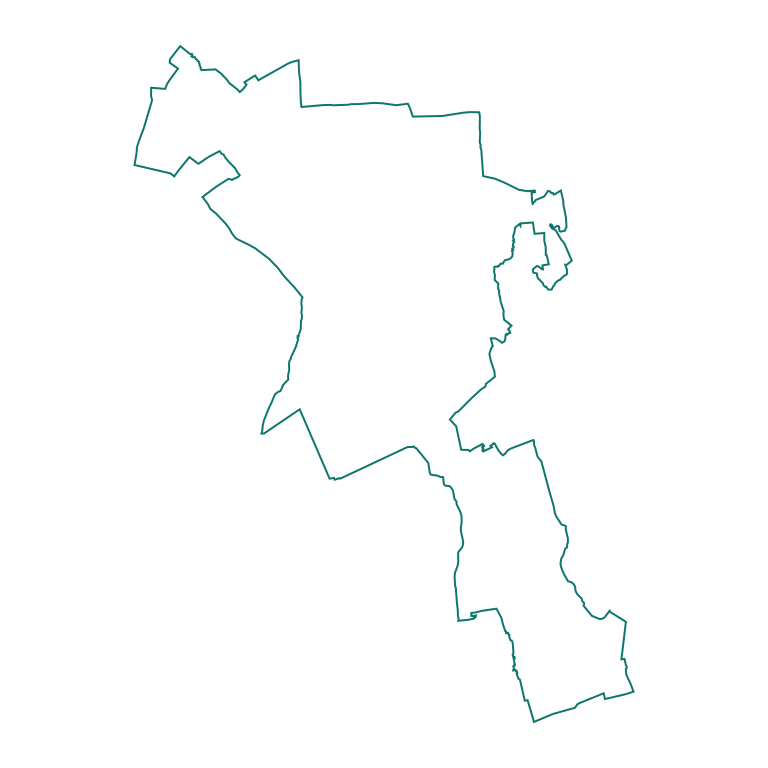 Balabanesti, Galati, Romania
{"feature_id": "2599482B66378466198707", "entity_name": "Balabanesti", "entity_type": "district", "adm_level": 2, "iso_a3": "ROU", "parent_name": "Romania", "parent_adm1": "Galati", "projection": "orthographic", "projection_center": [27.746, 46.074], "detail": "fine", "context": "isolated", "style": "outline", "palette": "teal", "viewbox_px": 768, "rotation_deg": 0, "n_neighbors": 0, "source": "geoboundaries", "source_scale": "gbopen_adm2", "svg_char_len": 6058}
<svg xmlns="http://www.w3.org/2000/svg" viewBox="0 0 768 768"><path d="M633.5,691.7L630.6,683.9L626.3,674.7L625.8,669.2L626.6,668.3L626.7,666.8L625.9,665.2L624.5,658.9L621.4,659.3L625.9,621.8L610.1,611.9L609.6,610.8L604.6,617.4L602.6,618.6L599.9,619.1L591.9,615.9L583.6,605.8L584.2,603.6L583.7,602.4L582.4,601.4L581.6,598.5L577.7,594.7L576.3,592.5L575.5,590.7L575.1,586.9L574.1,584.6L571.5,582.3L568.0,581.2L564.1,574.4L562.3,570.4L560.9,566.3L560.5,563.6L561.1,559.5L561.8,557.5L563.3,555.3L564.9,549.5L565.8,548.2L567.0,547.4L567.3,543.7L567.9,542.7L567.8,538.1L565.7,529.1L566.0,526.7L565.6,525.9L561.5,524.5L556.4,516.7L554.9,513.2L553.5,505.5L549.8,493.0L541.4,461.5L537.5,456.5L535.2,447.6L534.1,445.1L533.9,441.0L533.4,440.0L511.2,448.4L507.5,450.5L505.1,453.7L503.0,455.3L501.6,454.3L498.5,450.5L494.5,443.3L493.0,443.6L493.1,444.1L490.5,445.7L491.9,447.3L483.1,451.5L482.4,450.3L483.5,449.5L483.4,448.9L483.2,448.3L482.7,448.4L482.2,447.1L484.1,446.2L483.3,444.7L482.7,444.9L482.3,444.1L473.3,448.8L469.9,451.3L469.0,450.3L467.0,449.9L461.2,449.8L456.2,426.3L449.9,419.5L455.5,412.7L458.3,411.5L471.3,398.4L481.3,389.2L485.3,386.6L486.0,383.8L494.9,376.7L494.4,371.4L490.7,360.5L489.4,353.8L491.2,348.3L492.8,346.2L490.8,338.3L495.5,338.4L500.7,341.6L501.9,342.8L504.1,341.7L504.9,340.4L505.4,338.0L505.5,335.1L506.6,333.9L507.3,334.6L508.5,333.5L510.2,332.9L509.3,330.5L508.1,329.2L511.5,325.6L504.1,319.7L503.4,314.9L503.7,311.0L500.7,301.8L500.1,298.4L500.3,297.5L499.6,296.3L499.0,292.9L499.3,290.6L498.1,289.1L498.3,283.5L494.7,280.1L494.9,274.7L494.0,272.0L494.4,269.4L494.2,267.8L494.5,266.8L497.6,266.6L497.8,266.1L498.5,266.4L500.5,263.8L503.1,263.5L503.5,262.1L505.1,260.2L509.5,259.1L511.1,257.9L512.4,256.0L512.7,252.6L511.9,251.1L512.2,250.3L513.2,250.0L512.2,248.7L513.7,247.5L513.6,246.9L512.8,246.2L513.4,245.4L513.0,244.2L513.2,243.1L514.2,242.0L513.0,240.4L514.1,239.9L513.2,237.6L513.2,235.5L513.8,234.6L514.5,231.9L515.1,227.6L519.4,224.1L520.4,225.8L520.7,223.4L532.9,222.5L534.6,233.8L544.3,233.0L544.3,240.8L545.7,247.2L545.8,255.0L546.7,255.3L548.8,264.3L542.5,265.4L542.9,269.4L541.7,269.2L541.0,268.3L537.7,266.1L536.7,266.1L532.9,269.3L532.9,270.9L533.3,272.6L536.8,273.4L537.3,276.6L538.0,278.3L542.9,283.2L543.5,285.3L545.5,287.0L546.2,286.7L548.1,289.6L551.6,289.6L553.4,286.0L554.4,285.3L554.6,284.2L555.7,282.7L558.6,280.2L559.7,280.1L564.1,275.8L566.5,274.6L567.0,273.8L566.9,269.5L565.3,264.7L566.6,264.9L571.8,260.7L564.2,243.1L560.8,239.1L555.7,230.2L552.2,228.6L549.9,225.3L550.5,224.3L551.6,224.7L552.4,225.5L553.3,227.6L554.0,227.9L556.5,226.3L558.0,225.9L558.8,226.3L559.3,227.5L559.0,228.0L559.6,231.2L560.7,231.6L564.4,230.9L565.2,230.3L565.3,229.1L566.5,227.0L566.0,218.1L563.2,203.3L563.5,202.9L562.9,199.1L560.8,190.5L554.5,194.5L553.6,194.4L553.0,193.0L551.5,193.1L550.9,192.8L550.3,191.5L548.1,190.9L544.2,196.5L535.8,200.0L532.7,203.8L532.2,202.2L531.6,192.8L535.0,192.1L534.7,190.5L527.7,191.2L519.2,189.9L504.1,182.5L494.9,178.7L483.2,176.1L481.3,149.8L480.4,147.3L480.7,145.1L479.7,142.3L480.2,132.8L479.7,129.0L479.9,116.3L479.2,112.3L470.2,112.1L463.2,112.7L442.1,116.0L412.8,116.6L410.0,108.3L407.9,103.7L396.4,105.2L382.3,103.3L374.1,102.9L358.1,104.1L351.1,104.1L348.7,104.7L332.7,105.3L331.5,104.9L322.8,105.1L301.5,107.0L300.9,103.1L300.4,90.8L300.4,82.5L299.1,72.8L298.6,60.2L291.2,62.2L287.6,63.8L258.3,80.3L255.2,75.6L254.1,76.1L244.4,82.2L246.5,84.7L242.8,89.5L239.8,92.1L237.5,89.5L229.4,83.2L227.0,79.8L221.4,73.9L215.5,69.4L201.5,70.1L200.5,68.7L200.8,67.7L199.4,65.0L199.7,64.0L198.9,62.7L198.9,61.6L197.4,60.7L197.1,59.7L195.7,59.0L194.9,57.1L192.7,57.3L191.6,56.4L192.5,55.5L191.9,53.9L190.4,54.3L180.2,46.1L170.2,59.0L169.7,60.9L170.1,61.8L169.7,62.7L178.0,68.6L168.8,81.2L166.9,84.4L165.2,88.9L151.2,87.7L151.0,95.8L152.1,100.2L143.8,128.2L138.8,141.4L136.8,147.7L136.9,149.8L136.2,155.4L134.5,165.0L170.5,173.4L174.3,176.4L178.2,170.9L189.4,157.1L198.4,163.8L209.1,156.6L219.7,151.1L221.7,153.9L223.7,154.7L225.2,157.5L228.4,161.4L235.2,168.3L237.5,172.6L239.7,175.1L238.7,176.4L235.9,178.1L233.7,178.7L232.1,180.0L229.5,178.9L228.1,179.1L216.6,186.4L202.5,197.0L207.7,203.8L210.3,208.9L216.3,213.8L225.6,223.6L229.1,228.3L232.2,233.7L235.2,237.6L236.6,238.9L248.3,244.5L255.3,248.4L268.8,258.6L277.5,267.5L284.7,276.9L294.1,287.0L302.5,297.3L301.7,299.3L301.3,303.7L301.9,307.1L301.4,312.7L302.0,315.8L301.8,318.7L301.1,320.6L300.6,329.8L298.8,334.7L298.7,336.2L297.6,336.1L297.5,338.3L298.3,338.8L295.7,347.3L291.2,356.8L290.9,358.6L289.4,361.0L289.0,364.1L289.2,370.5L288.3,373.9L288.0,377.0L288.3,379.5L282.8,385.3L282.1,387.9L280.2,391.2L278.2,391.8L274.9,394.4L271.3,403.2L269.2,407.3L263.9,420.5L262.7,425.6L262.2,431.4L261.5,433.6L264.0,433.5L299.7,409.3L329.6,478.7L333.9,477.9L334.7,479.7L339.7,478.1L340.3,478.6L405.9,447.8L407.8,447.0L412.5,447.0L413.7,446.4L415.2,448.0L416.4,448.3L428.3,463.0L429.7,472.5L430.2,473.8L431.2,474.8L437.4,475.6L440.3,476.9L443.1,477.1L443.8,484.0L445.2,485.6L449.9,486.2L451.8,488.6L453.1,490.9L454.4,498.7L456.5,501.6L456.6,504.2L460.4,512.1L461.6,516.3L461.6,523.3L460.9,526.7L460.9,531.1L463.1,541.2L463.1,544.4L462.1,547.3L458.6,551.8L458.1,553.1L458.3,562.2L457.5,566.2L455.0,572.7L454.6,576.6L455.1,586.1L455.8,587.6L457.0,603.7L457.8,610.6L457.9,615.5L458.7,620.0L458.4,620.8L468.2,619.8L473.9,618.7L474.2,617.7L475.6,617.2L476.0,615.5L472.5,616.2L472.3,615.7L471.3,615.8L471.3,612.9L475.3,612.6L481.5,610.9L496.5,608.7L501.5,618.1L502.7,623.4L505.2,631.0L505.8,631.0L506.1,633.1L508.1,632.8L508.5,634.5L509.4,635.0L509.2,635.8L509.4,637.3L510.5,640.2L511.8,640.6L512.7,643.0L513.5,653.3L512.6,654.3L513.3,657.1L514.5,656.8L514.8,658.3L513.6,658.6L514.8,664.4L514.4,664.5L514.6,665.6L513.3,666.2L514.3,669.5L513.3,669.8L513.3,670.5L515.5,669.9L516.0,671.4L516.8,671.3L517.3,673.3L516.7,673.6L517.0,675.0L518.5,678.8L519.7,679.4L520.1,680.3L524.8,700.7L527.6,700.2L534.0,721.9L553.1,713.9L574.9,707.8L577.4,704.3L579.7,703.0L603.7,693.3L604.9,699.0L625.8,694.2L633.5,691.7Z" fill="none" stroke="#0f766e" stroke-width="2"/></svg>